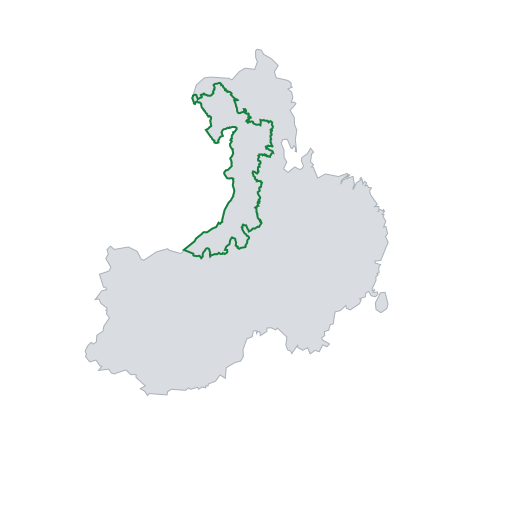 China, with Inner Mongol highlighted, rotated 301°
{"feature_id": "CHN-1838", "entity_name": "Inner Mongol", "entity_type": "Autonomous Region", "adm_level": 1, "iso_a3": "CHN", "parent_name": "China", "parent_adm1": "", "projection": "albers", "projection_center": [116.94, 45.357], "detail": "fine", "context": "in_parent", "style": "outline", "palette": "green", "viewbox_px": 512, "rotation_deg": 301, "n_neighbors": 0, "source": "natural_earth", "source_scale": "10m", "svg_char_len": 9795}
<svg xmlns="http://www.w3.org/2000/svg" viewBox="0 0 512 512"><g transform="rotate(301 256 256)"><path d="M268.2,369.2L258.2,364.5L257.8,360.4L259.9,358.5L252.8,356.5L248.8,352.6L237.5,357.1L235.3,354.9L229.9,356.6L226.4,353.6L223.2,355.9L220.1,354.5L218.3,355.9L218.4,364.4L214.7,363.4L214.2,359.0L206.5,359.5L205.5,355.1L200.0,352.9L203.9,347.5L199.3,344.6L199.1,339.0L200.7,337.6L190.7,336.9L192.4,334.8L191.8,331.5L195.1,327.4L202.4,324.2L205.3,311.3L202.7,310.9L202.3,306.0L199.9,302.5L196.9,304.1L189.9,300.7L192.7,298.6L192.3,296.2L189.9,296.6L192.1,294.5L190.2,292.4L184.9,294.3L180.1,290.8L169.0,293.1L163.4,296.9L158.0,297.0L153.9,292.9L144.9,288.0L135.3,292.7L135.5,286.4L127.9,285.8L121.8,281.1L119.8,281.8L118.5,279.7L117.0,280.8L115.9,277.2L112.2,275.4L113.3,273.5L108.0,268.6L108.1,266.0L104.6,264.8L98.1,252.0L94.1,250.1L91.1,251.3L83.1,235.3L80.5,234.9L82.8,230.2L82.6,225.2L87.7,227.9L90.1,215.7L92.6,214.4L89.8,209.7L91.4,203.2L81.8,195.0L81.2,192.5L83.1,188.0L76.8,179.9L81.9,180.6L81.6,178.4L84.4,172.6L79.6,167.9L82.1,161.5L84.1,161.5L86.5,158.5L92.8,158.0L97.2,159.2L96.6,161.8L100.2,163.4L106.0,160.4L112.7,163.5L117.8,161.7L127.6,162.2L129.4,157.5L132.1,157.0L131.9,155.3L134.5,155.5L135.5,147.6L138.3,143.4L135.8,140.6L146.7,141.7L150.3,145.3L151.7,143.3L150.8,141.3L159.7,131.2L167.4,137.7L171.6,137.4L176.5,128.5L181.4,128.5L184.7,125.0L189.5,126.2L188.6,131.1L198.0,142.0L198.8,151.8L194.2,159.1L194.5,162.0L208.2,168.5L216.8,176.6L216.2,178.4L219.4,190.3L248.6,198.4L251.9,202.2L260.5,207.0L265.3,206.8L265.0,208.5L267.8,209.5L279.2,205.4L294.5,205.8L301.0,203.7L304.9,199.4L310.5,196.8L307.8,191.3L311.0,185.8L320.5,188.9L326.2,183.9L332.5,183.4L337.5,176.8L341.8,176.2L342.3,174.3L355.7,173.4L354.7,169.5L348.0,162.9L344.1,163.0L341.8,165.7L338.6,164.0L334.0,165.4L332.0,161.8L338.3,148.1L344.5,150.6L351.6,146.0L351.0,143.3L355.3,133.5L358.5,129.4L357.9,125.6L354.8,124.5L359.2,119.8L371.8,116.8L382.0,119.9L386.0,125.0L394.4,141.4L394.6,144.7L405.2,146.6L411.4,149.9L415.3,158.8L423.1,157.2L426.1,153.4L431.6,150.0L433.8,150.5L435.2,154.6L432.8,158.6L433.0,167.3L430.7,177.0L423.4,176.8L419.2,181.5L422.9,193.0L422.4,197.0L418.9,199.0L419.8,200.4L415.5,197.3L415.0,201.9L411.0,205.9L405.8,207.1L407.7,209.9L407.1,211.8L398.3,210.3L394.6,217.3L388.3,221.6L384.9,226.2L376.3,229.6L366.2,237.2L365.8,235.7L369.3,234.0L370.0,231.7L366.7,231.9L366.5,230.6L372.2,222.6L369.4,218.9L365.4,219.7L361.4,225.3L354.8,229.4L352.4,234.1L344.9,234.6L344.1,240.4L352.3,243.3L352.6,249.0L354.8,250.5L357.8,250.3L360.9,245.9L364.0,244.6L369.8,247.3L376.5,247.3L374.7,252.0L372.0,251.2L364.8,254.2L363.9,258.3L360.9,257.8L361.6,259.5L354.5,268.8L362.0,273.2L366.6,285.8L373.7,291.5L373.4,293.1L364.5,290.3L361.2,291.8L365.9,291.2L374.2,298.1L367.8,303.7L364.6,303.9L362.8,305.1L370.4,304.3L376.5,307.4L372.5,310.6L375.9,310.4L375.7,313.2L372.3,313.4L374.0,314.7L372.7,317.2L373.8,319.9L370.4,319.8L367.6,322.4L362.8,333.4L359.4,332.3L361.7,335.8L358.6,338.0L356.2,337.6L359.8,338.4L360.0,343.1L356.6,342.8L357.5,344.4L355.1,344.7L352.8,349.3L346.5,350.5L348.2,352.2L342.9,357.3L339.4,356.9L335.9,362.2L316.5,365.2L312.8,360.5L311.3,361.9L312.8,367.2L309.1,367.2L305.0,370.2L303.3,368.6L302.7,370.4L299.9,369.4L297.0,371.4L287.4,372.4L285.1,375.2L287.7,378.6L286.3,380.2L282.6,379.4L281.2,375.1L283.7,371.0L280.9,369.1L277.4,370.8L272.5,366.7L272.5,368.8L268.2,369.2ZM288.6,381.6L291.3,385.4L282.8,393.9L278.2,395.2L271.7,392.2L272.0,386.4L277.2,382.5L288.6,381.6ZM374.2,294.7L371.7,294.4L369.5,292.5L371.2,292.8L374.2,294.7ZM377.9,305.7L376.0,306.3L375.6,305.3L377.9,305.7ZM361.6,341.5L360.6,342.8L360.7,341.2L361.6,341.5ZM286.2,374.9L288.2,374.4L287.9,375.3L286.2,374.9Z" fill="#d9dde1" stroke="#a8b0b8" stroke-width="1"/><path d="M334.0,165.4L332.2,163.6L331.9,161.8L333.5,160.9L333.5,158.6L334.8,156.7L334.8,155.8L338.3,148.1L340.2,149.4L342.4,149.8L344.3,150.7L348.4,147.0L350.7,146.7L351.9,145.8L352.0,143.8L351.1,143.7L350.9,143.4L351.4,143.0L351.6,141.7L352.7,140.6L352.7,139.2L353.8,137.8L354.0,137.0L353.9,136.7L354.1,136.6L354.1,136.2L354.6,135.7L354.5,135.3L354.8,135.2L355.4,133.0L357.3,131.2L358.1,130.9L358.4,130.2L358.3,129.8L358.7,129.2L358.5,128.2L357.8,127.4L358.2,125.8L356.9,125.1L355.0,125.5L354.8,125.3L354.8,124.2L355.9,123.3L358.6,119.9L360.3,119.8L361.0,119.4L362.4,120.1L362.6,120.8L363.1,121.1L363.3,121.8L360.4,125.4L363.1,126.8L363.8,127.7L364.7,127.5L365.6,125.8L366.3,126.1L367.1,127.3L368.4,127.6L368.5,128.1L367.9,128.7L368.7,130.9L368.5,131.9L369.2,133.0L369.5,133.9L370.6,134.9L371.1,134.9L371.6,135.2L372.5,135.1L373.4,135.7L374.1,135.4L374.5,134.6L376.0,134.4L377.1,134.7L377.5,134.0L378.5,134.1L379.3,133.7L380.6,131.6L381.7,131.8L382.5,132.3L383.8,134.1L385.4,135.2L385.8,136.2L385.6,137.1L385.4,137.0L384.9,138.0L384.5,138.2L384.8,138.6L384.9,139.9L383.9,140.8L383.4,142.8L382.6,143.7L382.9,144.0L382.5,144.1L382.8,144.4L382.3,144.9L382.7,145.5L382.4,146.0L382.6,146.2L382.7,147.2L382.2,147.3L382.9,148.1L382.8,148.4L383.1,149.0L383.1,150.7L382.7,151.5L381.3,151.3L381.1,151.8L381.1,152.3L380.3,155.0L380.3,155.8L380.0,156.5L380.1,158.0L380.4,159.1L380.2,160.0L379.7,159.6L379.0,158.3L378.8,157.2L378.4,156.9L375.2,161.0L373.8,162.0L373.4,163.1L370.1,165.6L369.4,167.3L370.4,168.9L371.6,169.5L373.3,171.4L374.0,171.6L375.0,170.4L375.4,170.5L375.6,171.0L375.9,171.0L376.0,170.5L376.2,170.8L376.3,171.2L375.9,172.0L375.2,172.9L373.1,173.0L373.1,174.6L374.2,176.0L373.9,176.8L372.2,177.2L372.3,179.7L371.9,180.3L370.8,179.6L370.2,178.5L369.3,179.6L367.9,178.4L366.7,178.2L366.5,178.3L366.8,179.1L366.0,180.4L366.6,180.9L367.6,180.8L367.9,181.2L368.0,182.0L368.8,182.6L369.3,183.4L369.5,184.4L368.5,185.1L368.3,185.6L368.7,188.7L370.2,190.8L370.3,192.5L372.8,191.4L374.9,189.8L375.1,190.8L375.9,192.2L376.6,192.6L376.4,193.5L377.9,196.3L377.8,196.9L377.3,196.9L377.0,198.1L379.1,198.9L378.8,201.1L376.7,202.0L376.3,202.5L376.1,203.4L375.7,203.8L374.0,204.3L371.7,203.5L371.6,203.9L372.1,204.8L371.9,205.1L371.2,205.3L369.8,204.7L369.1,205.2L368.9,206.3L368.0,207.0L367.4,207.0L366.9,206.4L365.9,206.7L363.9,208.9L363.2,208.5L361.6,209.7L360.8,209.9L360.6,210.9L359.9,211.4L358.8,212.8L358.6,213.6L358.2,213.5L358.1,212.3L356.7,210.2L356.9,209.6L355.7,209.3L355.3,208.4L354.9,208.1L354.6,208.6L353.9,208.9L353.3,209.7L354.1,210.6L353.8,213.1L354.4,215.7L354.2,216.4L353.5,217.2L353.5,216.8L351.3,216.7L350.9,216.4L350.3,216.7L348.9,216.6L348.2,216.9L348.0,216.0L347.8,215.8L347.9,214.9L347.4,214.7L346.9,213.5L347.1,213.1L347.5,213.5L347.8,213.2L347.9,212.5L347.6,212.2L347.6,210.9L347.3,210.8L347.1,211.2L346.7,211.2L346.5,210.0L345.8,209.7L346.2,209.2L346.0,208.4L344.7,207.0L344.7,206.6L343.5,207.0L343.1,206.5L342.4,207.8L340.6,207.7L339.3,208.3L338.9,209.0L339.3,209.9L339.1,210.6L339.3,211.0L338.7,211.6L337.6,212.1L337.2,211.8L336.7,211.9L336.2,211.4L334.3,213.1L333.6,212.1L333.2,212.0L330.0,213.7L329.8,213.9L330.0,214.5L329.4,214.8L327.2,214.5L327.2,213.0L327.5,212.6L327.1,210.2L326.9,209.9L326.5,210.2L325.3,210.3L324.5,211.6L323.3,212.6L323.0,214.6L322.0,215.0L321.4,215.9L321.3,216.9L321.7,217.3L321.7,217.9L321.1,218.0L321.0,218.5L320.7,218.5L321.8,219.9L322.0,220.7L322.6,221.4L321.8,222.2L322.0,223.3L319.6,223.8L318.1,224.6L317.3,224.6L316.7,223.7L315.9,223.8L315.1,224.2L314.2,225.4L313.6,225.6L311.7,224.6L310.9,225.0L309.7,226.7L308.5,229.2L307.9,229.7L307.3,229.9L306.9,229.6L305.5,229.4L305.2,230.4L304.7,231.0L303.6,231.0L303.2,231.4L302.8,231.0L303.5,229.8L302.8,229.8L301.6,230.6L300.3,232.2L299.5,231.2L298.4,231.5L297.7,230.5L297.1,230.4L297.3,231.7L295.9,232.4L295.0,233.3L294.0,233.6L293.1,235.3L292.1,235.5L291.5,236.5L290.5,237.0L289.6,238.0L288.9,239.6L289.3,240.7L288.6,241.9L288.0,241.3L287.6,241.6L287.2,243.7L282.4,243.6L282.0,242.3L278.8,240.9L278.4,239.6L277.5,238.9L276.8,239.0L275.4,238.6L273.3,237.2L274.5,236.0L275.1,234.5L277.2,231.8L276.3,230.2L276.3,228.8L275.3,228.7L274.5,229.2L273.2,229.0L273.0,230.1L271.9,230.3L269.6,234.4L269.3,236.8L268.6,237.7L268.9,238.9L268.5,240.4L267.4,240.9L265.7,240.5L264.9,240.6L263.7,241.0L262.8,241.7L259.8,241.5L258.9,242.3L258.2,242.3L255.0,238.7L253.5,237.8L253.5,236.6L253.6,235.8L254.6,235.6L254.4,233.3L257.4,232.0L258.9,230.1L259.6,229.8L260.0,229.2L260.1,228.6L259.4,226.7L259.6,225.9L257.6,225.6L255.8,225.9L252.4,227.2L249.0,225.7L245.3,226.2L246.3,228.1L244.7,229.4L243.2,229.1L241.7,228.2L241.9,227.8L241.2,226.7L241.4,226.1L240.4,226.0L239.5,224.8L239.6,222.5L237.7,222.0L237.6,221.4L236.8,220.8L236.7,220.1L236.4,219.6L234.8,218.5L233.9,217.5L232.0,217.0L233.5,215.7L235.5,214.9L236.3,213.7L237.7,212.4L237.9,211.4L237.4,209.9L235.7,209.3L234.0,209.4L232.0,209.0L229.8,209.5L228.2,210.6L225.9,210.2L227.1,207.5L225.3,205.2L224.2,202.4L224.3,201.9L225.7,201.1L224.1,191.0L236.9,195.8L240.2,195.6L246.9,198.2L248.7,198.5L249.8,199.3L250.5,200.9L251.2,201.9L257.0,204.4L260.4,207.0L265.3,206.8L265.1,208.6L267.3,209.0L267.8,209.5L269.3,208.5L279.2,205.4L287.7,205.0L291.3,205.9L292.3,205.6L295.4,205.8L296.5,205.1L298.9,204.6L301.0,203.7L304.7,199.6L308.3,198.3L309.4,197.1L310.5,196.9L310.6,196.2L310.1,194.9L308.5,193.0L307.8,191.1L310.0,186.5L311.3,185.7L313.9,186.0L314.8,187.2L315.7,187.7L320.6,188.9L322.2,187.6L323.4,187.2L325.3,185.4L326.0,183.9L327.0,183.6L328.3,184.0L330.5,183.9L332.4,183.5L334.3,181.7L335.3,181.4L335.7,180.7L335.5,179.8L336.3,178.2L337.5,176.7L338.9,176.0L341.8,176.2L342.2,174.8L342.1,174.5L343.1,174.2L343.6,174.9L344.3,174.9L344.9,174.2L346.9,173.2L349.4,173.5L350.1,172.8L350.4,173.2L350.8,173.0L351.3,173.6L354.7,174.1L355.7,173.5L355.9,173.0L355.8,171.5L355.1,170.8L354.7,169.5L352.3,167.5L352.5,167.0L351.5,166.6L351.2,165.5L349.5,164.8L347.8,162.9L346.3,162.6L344.0,162.9L341.9,165.7L340.3,164.4L339.0,163.9L337.2,164.2L335.8,164.0L335.0,164.4L334.0,165.4Z" fill="none" stroke="#15803d" stroke-width="2"/></g></svg>